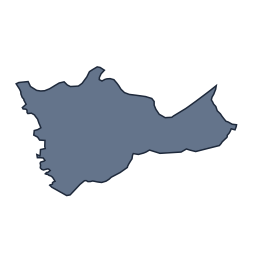 Afikpo North, Ebonyi, Nigeria (Natural Earth projection), rotated 266°
{"feature_id": "59680162B68024378624756", "entity_name": "Afikpo North", "entity_type": "district", "adm_level": 2, "iso_a3": "NGA", "parent_name": "Nigeria", "parent_adm1": "Ebonyi", "projection": "natural_earth1", "projection_center": [7.923, 5.873], "detail": "fine", "context": "isolated", "style": "filled", "palette": "slate", "viewbox_px": 256, "rotation_deg": 266, "n_neighbors": 0, "source": "geoboundaries", "source_scale": "gbopen_adm2", "svg_char_len": 2429}
<svg xmlns="http://www.w3.org/2000/svg" viewBox="0 0 256 256"><g transform="rotate(266 128 128)"><path d="M164.1,219.0L159.7,212.6L156.6,207.9L150.2,198.0L145.4,190.3L143.4,187.0L136.8,174.2L135.6,172.4L135.7,168.3L135.7,167.9L135.7,166.9L135.7,165.8L137.8,162.7L139.5,160.1L144.7,157.1L148.9,155.7L152.7,155.9L155.8,153.8L158.1,147.8L159.0,143.7L160.1,138.4L161.4,131.7L163.1,127.9L163.6,126.9L167.1,123.7L170.9,121.7L173.4,120.1L177.2,117.3L178.5,113.6L178.5,110.4L178.1,108.4L176.7,105.3L178.3,102.7L180.5,103.0L183.9,104.9L187.3,108.5L188.1,107.4L190.3,104.5L191.1,101.5L188.6,96.5L186.9,93.5L186.1,93.0L181.8,90.5L179.6,88.6L175.8,85.4L174.5,83.4L173.3,81.4L173.3,78.4L173.4,73.4L175.1,70.5L178.5,67.5L177.7,62.5L175.2,57.5L174.7,56.6L172.6,52.5L171.0,47.5L171.0,43.5L171.9,39.5L176.2,33.6L181.3,31.6L181.0,22.3L180.4,20.7L179.9,19.5L174.4,22.5L171.8,23.5L169.2,23.6L165.9,24.6L164.0,26.1L163.0,26.1L158.8,28.0L155.7,24.0L154.3,24.7L153.9,27.5L152.8,28.5L150.4,28.4L149.4,29.1L149.5,32.7L147.5,35.7L146.3,36.3L143.2,38.4L139.1,39.5L136.6,40.4L134.3,41.1L132.7,37.9L132.0,34.3L127.5,33.5L126.4,35.3L125.2,37.2L122.1,39.0L121.4,44.3L115.5,43.7L113.3,44.0L112.6,39.2L107.4,38.5L106.4,38.1L107.9,35.2L104.7,35.5L104.5,38.5L104.0,41.3L101.5,42.9L100.7,41.6L100.5,40.2L100.0,38.4L99.0,37.9L96.9,38.2L94.4,37.7L92.8,39.0L92.0,40.7L92.8,44.6L92.6,46.0L91.0,47.4L89.8,45.7L89.3,44.8L89.3,43.6L88.1,42.3L87.7,43.0L87.2,44.9L86.3,45.8L85.5,47.7L84.3,49.1L83.4,49.7L81.6,50.7L79.9,51.5L79.5,50.0L78.8,48.9L77.4,48.8L76.9,47.8L76.7,46.3L76.4,45.9L74.1,48.0L64.9,62.1L65.3,65.6L72.2,73.1L75.1,76.2L78.5,81.0L78.4,82.7L77.3,84.3L77.2,86.8L77.6,89.0L77.2,90.7L76.3,93.9L75.5,97.9L76.5,102.4L78.2,105.5L80.1,107.9L84.1,117.0L88.7,124.6L89.8,124.9L92.0,126.2L95.1,128.4L96.3,129.3L96.9,129.8L97.3,129.9L100.1,130.5L100.6,130.7L101.5,131.1L102.1,131.5L100.9,136.5L101.9,141.7L102.7,144.2L104.5,147.9L100.5,158.1L100.3,179.3L103.0,184.8L101.5,188.6L99.8,193.9L102.0,206.0L103.1,212.2L104.1,217.9L105.9,219.7L107.6,221.0L110.3,224.2L111.7,226.0L112.7,226.4L113.8,226.5L114.9,227.6L115.9,228.6L118.1,230.0L120.0,230.9L118.7,234.6L121.0,235.7L122.4,236.2L123.7,236.5L123.9,235.3L124.5,232.2L127.1,228.2L127.9,226.2L131.0,224.0L132.2,223.2L133.1,222.6L135.6,221.2L139.0,218.2L143.3,217.1L145.8,215.1L148.4,214.1L150.1,213.1L152.8,213.9L156.1,216.1L157.1,216.5L160.4,218.1L164.1,219.0Z" fill="#64748b" stroke="#1e293b" stroke-width="1.5"/></g></svg>